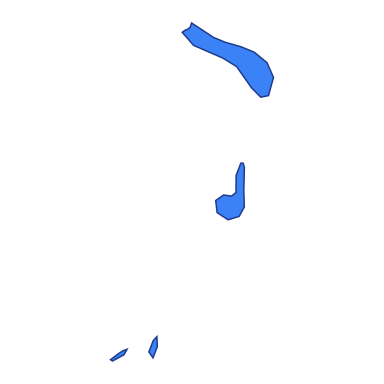 outline of South Caicos and East Caicos
{"feature_id": "TCA-5006", "entity_name": "South Caicos and East Caicos", "entity_type": "state/province", "adm_level": 1, "iso_a3": "TCA", "parent_name": "Turks and Caicos Islands", "parent_adm1": "", "projection": "albers", "projection_center": [-71.559, 21.528], "detail": "fine", "context": "isolated", "style": "filled", "palette": "blue", "viewbox_px": 384, "rotation_deg": 0, "n_neighbors": 0, "source": "natural_earth", "source_scale": "10m", "svg_char_len": 657}
<svg xmlns="http://www.w3.org/2000/svg" viewBox="0 0 384 384"><path d="M236.6,66.6L222.8,58.1L193.6,45.4L182.2,32.3L185.3,30.1L188.0,29.0L190.2,27.2L191.6,23.0L213.5,37.4L225.0,42.2L241.1,46.8L254.4,52.3L267.0,62.7L273.5,77.4L268.5,95.6L260.8,97.2L251.5,87.8L236.6,66.6ZM243.0,163.0L244.4,167.2L243.8,190.7L244.3,207.0L239.1,216.4L228.1,219.8L217.1,212.6L215.7,200.5L223.6,195.0L231.5,196.1L236.0,192.5L236.1,175.6L240.8,163.2L243.0,163.0ZM153.2,340.7L156.9,336.7L157.3,346.7L153.0,357.9L148.9,351.9L153.2,340.7ZM117.9,354.1L122.9,350.8L127.0,349.3L124.0,354.7L112.6,361.0L110.5,359.7L117.9,354.1Z" fill="#3b82f6" stroke="#1e3a8a" stroke-width="1.5"/></svg>